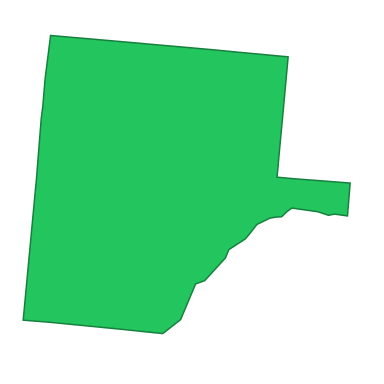 Anoka, Minnesota, United States of America (Mercator projection), rotated 275°
{"feature_id": "52423323B48420987628621", "entity_name": "Anoka", "entity_type": "district", "adm_level": 2, "iso_a3": "USA", "parent_name": "United States of America", "parent_adm1": "Minnesota", "projection": "mercator", "projection_center": [-93.252, 45.225], "detail": "fine", "context": "isolated", "style": "filled", "palette": "green", "viewbox_px": 384, "rotation_deg": 275, "n_neighbors": 0, "source": "geoboundaries", "source_scale": "gbopen_adm2", "svg_char_len": 662}
<svg xmlns="http://www.w3.org/2000/svg" viewBox="0 0 384 384"><g transform="rotate(275 192 192)"><path d="M335.6,37.5L292.6,35.8L264.0,35.9L252.0,35.4L192.2,35.9L49.6,35.0L49.8,59.2L49.1,130.7L48.4,175.2L63.9,191.8L100.7,203.6L104.9,212.5L129.3,231.1L137.8,233.7L150.0,249.3L155.6,253.2L165.3,259.5L172.7,271.8L174.3,277.7L175.1,283.4L181.0,288.6L184.7,292.9L183.3,319.0L180.7,330.0L182.4,336.0L181.7,349.0L188.4,348.9L214.7,348.8L214.6,337.0L214.5,327.4L214.5,324.6L214.2,301.3L214.1,289.9L214.2,275.4L223.0,275.5L237.0,275.5L284.8,275.8L335.0,276.0L335.3,226.4L335.5,204.1L335.6,132.8L335.6,37.5Z" fill="#22c55e" stroke="#15803d" stroke-width="1.5"/></g></svg>